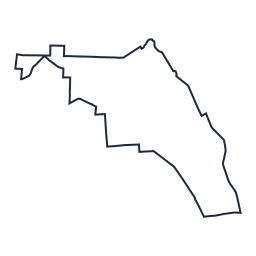 outline of Manastirea, Calarasi, Romania
{"feature_id": "2599482B98336508905768", "entity_name": "Manastirea", "entity_type": "district", "adm_level": 2, "iso_a3": "ROU", "parent_name": "Romania", "parent_adm1": "Calarasi", "projection": "natural_earth1", "projection_center": [26.829, 44.21], "detail": "fine", "context": "isolated", "style": "outline", "palette": "slate", "viewbox_px": 256, "rotation_deg": 0, "n_neighbors": 0, "source": "geoboundaries", "source_scale": "gbopen_adm2", "svg_char_len": 4977}
<svg xmlns="http://www.w3.org/2000/svg" viewBox="0 0 256 256"><path d="M21.1,79.2L21.4,79.2L21.5,79.2L21.9,79.1L22.7,78.8L23.5,78.5L24.0,78.3L25.4,77.6L28.0,76.3L28.5,76.1L28.8,76.0L29.0,75.9L29.3,75.7L29.9,74.6L30.5,73.6L30.8,73.1L31.0,72.7L31.1,72.1L31.7,70.3L32.0,69.4L32.2,68.9L32.3,68.7L33.1,67.2L33.2,66.9L33.4,66.7L33.5,66.5L33.7,66.4L33.9,66.2L34.1,66.1L34.5,65.8L34.5,65.7L34.9,65.5L35.2,65.3L35.3,65.2L35.5,65.0L35.8,64.8L36.1,64.5L36.5,64.1L37.1,63.4L37.4,63.1L37.6,62.9L37.9,62.7L38.0,62.5L38.1,62.4L38.4,62.1L39.3,61.2L40.7,59.7L41.9,58.5L42.1,58.3L42.2,58.2L42.3,58.1L43.5,56.8L44.4,56.0L45.1,56.6L46.0,57.4L46.5,57.8L47.3,58.5L48.5,59.6L49.4,60.4L49.9,60.8L50.0,60.9L52.4,62.6L53.5,63.4L53.7,63.5L53.8,63.5L54.0,63.8L55.1,64.6L56.1,65.4L57.3,66.3L57.5,66.4L57.7,66.6L58.0,66.7L58.2,66.9L58.2,67.0L58.5,67.2L63.4,68.5L63.3,71.8L63.2,76.0L63.1,77.2L63.1,77.5L63.5,77.5L63.5,77.3L70.2,77.5L70.2,77.8L70.1,81.8L70.0,85.9L69.9,88.0L69.9,89.4L69.8,91.2L69.7,92.4L69.9,93.2L69.5,103.4L72.3,101.8L76.4,99.6L77.6,98.9L77.9,98.9L78.5,98.8L79.0,98.7L79.3,98.7L79.5,98.8L79.9,98.8L80.1,98.9L80.3,99.0L80.8,99.2L81.7,99.6L83.5,100.5L86.2,101.8L87.9,102.6L89.4,103.4L90.1,103.7L91.3,104.1L91.7,104.2L91.8,104.2L91.8,104.3L92.0,104.6L92.3,104.8L96.1,106.6L95.3,114.6L97.2,114.5L103.1,114.2L104.9,114.1L105.0,115.2L105.3,120.0L105.6,125.1L106.4,136.2L106.6,138.3L106.8,140.8L107.2,146.6L113.9,146.2L118.6,145.7L122.7,145.3L123.1,145.2L127.1,145.0L130.5,144.9L133.7,144.7L137.4,144.6L139.0,144.5L139.4,151.9L141.2,151.8L144.0,151.6L147.7,151.4L152.1,151.2L153.0,151.2L153.2,150.9L155.2,152.3L156.4,153.2L157.4,154.0L158.7,155.0L160.6,156.4L162.7,158.0L165.3,160.0L168.0,162.1L172.1,165.2L173.5,166.2L174.4,167.0L174.7,167.6L180.2,175.5L181.4,177.3L182.7,179.2L185.8,183.9L187.1,185.8L187.6,186.7L189.2,189.2L190.1,190.5L190.9,191.7L194.2,196.7L194.6,197.6L194.9,198.0L195.0,198.2L195.0,198.4L195.0,198.6L195.1,199.1L195.2,199.7L195.3,199.8L195.4,200.0L196.0,200.9L196.5,201.7L196.7,202.2L197.5,203.6L199.6,207.8L203.9,216.7L208.8,216.2L210.8,216.0L211.6,215.9L212.6,215.8L215.1,215.7L223.6,214.0L234.2,212.5L238.5,212.7L239.1,212.7L239.8,212.8L240.6,212.9L237.3,197.6L236.0,192.8L235.8,192.1L235.5,191.8L233.8,189.0L230.2,183.9L229.3,182.5L228.6,181.1L228.2,179.9L225.3,171.3L224.1,168.0L223.2,165.0L223.1,164.4L223.0,163.7L223.1,163.1L223.1,162.3L223.3,161.4L223.7,160.0L224.0,158.6L224.4,156.8L225.0,154.0L225.6,151.1L225.6,150.7L225.5,149.5L225.5,149.0L225.1,146.4L224.6,143.4L224.3,141.7L224.2,140.8L224.0,140.3L223.9,140.0L223.6,139.6L223.4,139.3L221.3,137.3L219.8,135.7L217.2,133.1L215.6,131.4L214.3,130.1L213.5,129.4L212.4,128.2L212.0,127.7L211.7,127.3L211.3,126.6L210.8,125.3L208.9,120.8L207.2,116.6L206.0,113.4L204.5,114.2L203.4,114.9L202.4,115.5L201.6,115.9L200.1,112.7L198.7,109.9L197.1,106.2L191.9,94.3L188.2,85.7L184.5,82.7L182.4,81.1L176.3,76.2L176.5,75.5L176.5,75.3L176.5,75.1L176.5,74.9L176.6,74.5L176.5,74.4L176.5,74.0L176.5,73.8L176.3,73.2L176.2,73.0L176.1,72.7L176.0,72.2L175.9,72.0L175.8,71.7L175.7,71.5L175.6,71.4L175.4,71.2L175.2,71.1L174.9,71.1L174.4,71.0L174.2,71.0L173.9,71.1L173.4,71.3L165.7,58.5L162.4,53.0L162.2,52.6L162.0,52.4L161.9,52.4L161.7,52.3L161.4,52.3L161.3,52.2L161.2,52.2L160.8,52.0L160.6,51.9L160.4,51.7L160.1,51.7L159.6,51.5L159.3,51.4L159.0,51.3L158.9,51.2L158.7,51.1L158.3,50.8L157.9,50.4L157.5,50.0L157.3,49.8L157.0,49.5L156.2,48.6L156.0,48.3L155.8,48.0L155.3,47.6L155.1,47.3L154.9,47.0L154.8,46.9L154.7,46.7L154.6,46.2L154.5,45.8L154.5,45.6L154.5,45.3L154.5,45.1L154.5,44.2L154.5,43.7L154.5,43.3L154.5,42.9L154.5,42.7L154.3,42.1L154.2,41.5L154.1,41.3L154.0,41.2L153.9,41.2L153.7,41.1L153.2,41.0L153.0,40.9L152.9,40.8L152.8,40.7L152.3,40.4L152.2,40.3L152.2,40.2L152.3,40.0L152.4,39.8L152.4,39.7L152.2,39.5L151.8,39.4L151.5,39.3L151.1,39.3L150.5,39.3L150.3,39.3L149.9,39.4L149.7,39.4L149.4,39.6L149.1,39.7L148.9,39.8L148.7,39.9L148.6,40.0L148.2,40.5L147.8,40.8L147.7,40.9L147.6,41.0L147.3,41.3L147.2,41.5L146.7,42.4L146.6,42.7L146.4,43.0L146.0,43.9L146.0,44.0L145.9,44.1L145.8,44.3L145.7,44.4L145.1,44.9L144.9,45.1L144.7,45.3L144.5,45.6L144.1,46.5L143.9,46.9L143.7,47.3L143.5,47.5L143.4,47.7L143.1,47.9L142.9,48.0L142.7,48.1L141.9,48.6L141.7,48.7L141.5,48.8L141.4,48.7L141.3,48.4L141.2,48.3L141.1,48.0L141.0,47.6L140.7,47.1L140.5,46.6L123.3,57.7L120.6,57.7L118.9,57.8L118.1,57.7L117.6,57.7L117.2,57.7L116.7,57.6L115.4,57.5L112.1,57.4L111.5,57.5L110.1,57.4L108.0,57.3L106.3,57.3L105.8,57.3L104.4,57.2L102.2,57.2L99.2,57.2L98.7,57.1L97.4,57.0L96.0,56.9L95.1,56.9L94.3,56.8L93.4,56.8L92.5,56.8L91.7,56.8L90.1,56.7L85.6,56.6L81.2,56.5L76.8,56.4L74.6,56.3L71.1,56.2L67.6,56.1L65.2,56.1L64.2,56.1L63.9,56.1L64.1,51.5L64.2,48.5L64.3,45.8L50.4,45.5L50.4,47.0L50.2,55.5L45.1,55.5L42.5,55.5L41.2,55.4L39.6,55.4L37.2,55.4L34.7,55.3L28.9,55.3L27.2,55.2L24.2,55.3L22.6,55.2L17.0,54.3L16.8,56.1L16.6,58.0L16.1,61.7L16.0,62.9L15.7,65.2L15.4,67.8L15.4,68.7L22.0,68.9L21.9,70.0L21.3,77.1L21.1,79.2Z" fill="none" stroke="#1e293b" stroke-width="2"/></svg>